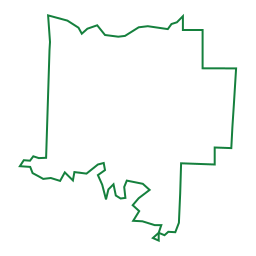 outline of Ponte Preta, Rio Grande do Sul, Brazil
{"feature_id": "56859067B57948891893703", "entity_name": "Ponte Preta", "entity_type": "district", "adm_level": 2, "iso_a3": "BRA", "parent_name": "Brazil", "parent_adm1": "Rio Grande do Sul", "projection": "orthographic", "projection_center": [-52.512, -27.663], "detail": "fine", "context": "isolated", "style": "outline", "palette": "green", "viewbox_px": 256, "rotation_deg": 0, "n_neighbors": 0, "source": "geoboundaries", "source_scale": "gbopen_adm2", "svg_char_len": 1014}
<svg xmlns="http://www.w3.org/2000/svg" viewBox="0 0 256 256"><path d="M182.9,16.2L176.9,22.3L171.5,24.0L167.8,29.1L147.8,26.2L138.7,27.3L125.0,35.9L118.3,36.7L105.0,35.0L97.2,25.3L87.4,28.7L81.8,33.7L78.5,27.7L67.4,20.6L48.1,15.4L50.0,42.0L49.5,50.2L46.1,157.8L38.8,158.1L33.3,156.3L30.0,160.7L23.8,160.2L19.9,166.2L30.2,166.9L32.6,173.1L38.6,176.3L43.2,178.9L50.8,178.0L60.1,180.9L64.8,172.4L72.9,180.4L74.4,172.1L86.5,173.6L97.9,164.5L103.7,163.0L105.0,170.1L97.9,175.1L102.2,184.7L106.0,199.4L108.4,189.4L113.5,184.3L115.8,195.5L120.6,198.5L125.4,197.9L124.2,187.0L126.8,180.6L142.8,183.8L149.6,189.9L138.7,198.2L132.7,205.2L139.2,211.1L133.2,220.8L142.4,221.3L154.6,225.1L161.3,225.1L158.7,232.8L164.5,235.2L168.3,231.8L175.3,232.2L178.9,222.8L180.2,193.1L181.1,163.3L214.7,164.5L214.7,147.5L231.3,148.1L232.4,127.0L233.8,105.6L236.1,68.4L202.6,68.3L202.6,51.7L202.6,44.9L202.6,30.0L182.9,30.0L182.9,16.2ZM158.7,232.8L152.9,238.0L158.7,240.6L158.7,232.8Z" fill="none" stroke="#15803d" stroke-width="2"/></svg>